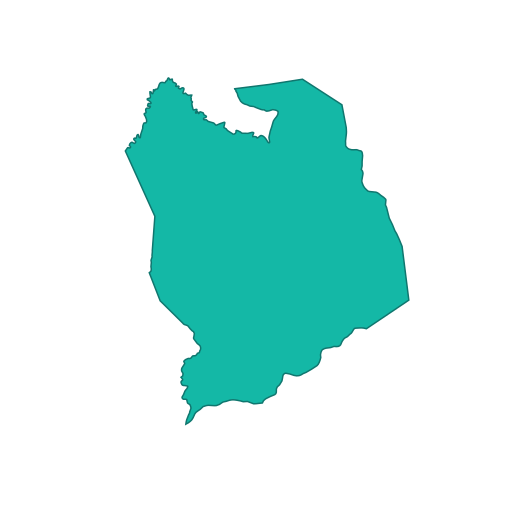 the district of San Antonio de Cortes, Cortés, Honduras, rotated 200°
{"feature_id": "27666195B17830621331766", "entity_name": "San Antonio de Cortes", "entity_type": "district", "adm_level": 2, "iso_a3": "HND", "parent_name": "Honduras", "parent_adm1": "Cortés", "projection": "robinson", "projection_center": [-87.991, 15.14], "detail": "fine", "context": "isolated", "style": "filled", "palette": "teal", "viewbox_px": 512, "rotation_deg": 200, "n_neighbors": 0, "source": "geoboundaries", "source_scale": "gbopen_adm2", "svg_char_len": 6128}
<svg xmlns="http://www.w3.org/2000/svg" viewBox="0 0 512 512"><g transform="rotate(200 256 256)"><path d="M264.4,74.0L262.4,76.3L261.1,78.4L260.3,80.1L259.8,82.6L259.5,86.7L258.9,88.6L257.6,90.6L256.0,92.8L254.2,96.4L251.6,98.4L249.8,99.4L243.7,101.2L242.1,101.9L239.5,104.1L238.0,106.3L236.8,107.7L234.5,109.1L231.4,111.5L229.2,112.7L227.5,113.3L224.9,113.9L221.2,114.5L218.2,114.7L214.2,116.4L207.7,116.3L205.5,117.2L199.7,120.1L199.5,122.3L199.0,123.5L198.0,125.2L194.7,128.7L191.0,132.1L190.3,133.4L190.3,134.9L191.4,138.1L191.2,140.4L189.8,143.0L188.9,147.5L189.3,150.1L189.7,152.2L189.8,153.5L189.2,155.0L188.6,155.7L187.5,156.1L183.9,156.7L179.5,156.8L176.8,157.3L174.5,158.4L173.0,159.7L171.4,161.7L169.2,163.7L165.1,168.6L161.2,173.8L160.5,175.6L160.2,177.9L160.2,180.4L160.4,182.7L161.6,185.2L162.0,187.5L161.9,189.7L161.5,190.8L160.0,192.4L158.6,193.4L154.5,195.5L151.8,197.7L149.4,198.4L147.9,199.1L146.7,200.2L146.1,201.6L145.9,205.1L145.2,207.9L144.5,209.3L142.5,211.5L141.0,214.6L140.2,215.8L139.8,216.9L139.2,220.1L138.7,221.6L137.6,222.3L132.7,224.4L130.2,225.1L127.4,225.4L97.3,266.8L122.0,315.0L126.9,320.4L131.4,325.0L134.1,327.2L138.5,332.1L143.7,337.1L150.0,346.4L151.8,348.2L153.1,353.1L153.6,353.7L156.1,354.8L159.5,355.7L162.2,356.7L163.9,357.0L165.1,357.0L171.5,355.4L173.0,355.3L174.5,355.9L176.9,357.0L178.7,358.3L180.0,359.6L181.8,361.8L182.4,363.2L183.6,369.8L183.9,370.6L185.0,372.2L186.6,373.3L187.1,376.9L188.6,381.1L190.1,386.7L191.4,389.2L192.3,390.2L193.2,390.6L195.6,390.3L196.7,390.4L198.1,390.2L201.1,389.0L202.8,388.5L205.2,388.3L206.8,388.6L209.0,389.8L209.6,390.6L210.4,392.7L211.2,394.6L212.9,401.8L213.5,403.7L215.1,407.5L227.0,427.5L272.8,438.0L302.5,421.6L333.2,405.9L333.0,405.6L331.6,404.8L331.3,404.5L331.2,404.0L329.3,402.5L327.4,399.8L323.4,396.2L321.3,395.3L319.8,395.0L318.3,394.9L316.2,395.1L313.0,394.8L309.2,395.7L307.0,395.5L301.2,395.4L299.4,395.7L298.2,396.2L297.1,395.8L295.8,395.7L294.8,396.1L293.5,396.8L290.3,399.3L287.5,399.8L285.8,399.7L284.8,399.4L284.2,398.0L283.9,396.3L284.3,394.1L285.4,390.7L285.8,388.8L285.7,386.7L285.4,382.6L285.3,378.2L284.5,372.4L284.3,371.6L282.2,367.9L282.1,367.2L282.5,366.8L283.0,366.8L283.7,367.0L286.4,369.2L288.4,370.4L290.1,371.0L291.4,371.1L292.3,371.0L293.0,370.6L294.5,368.0L295.1,367.4L295.7,367.4L296.2,368.0L296.9,368.0L297.9,367.9L299.8,367.1L300.1,367.7L300.3,368.6L300.2,369.9L300.2,370.7L300.5,371.1L301.2,371.1L302.1,370.8L305.5,368.5L310.8,366.7L311.5,366.6L313.0,367.2L315.8,367.5L317.2,367.4L317.6,367.0L317.1,365.2L317.3,364.3L318.1,363.1L319.2,362.7L324.7,363.9L326.0,364.3L327.5,365.3L330.0,365.7L330.3,366.4L330.8,370.2L331.0,370.8L331.3,370.9L331.9,370.6L334.8,368.3L337.6,365.7L338.2,365.3L338.9,365.4L340.6,366.3L341.5,366.5L347.0,366.1L349.2,367.0L350.9,366.4L351.7,366.3L352.2,366.8L352.2,367.6L350.5,369.1L350.3,369.6L350.3,370.0L350.8,370.5L353.2,370.9L354.5,372.4L356.1,372.5L357.7,372.4L358.2,371.9L358.3,371.2L358.3,370.6L358.5,370.3L359.2,370.5L359.7,371.3L360.2,371.5L360.5,371.2L360.8,370.1L361.3,369.7L361.7,369.9L362.0,370.6L361.4,372.2L361.4,372.9L361.7,373.4L362.3,373.4L364.4,372.0L365.1,372.0L367.3,375.2L368.5,377.4L368.6,377.8L368.4,378.4L368.4,379.0L370.2,380.0L370.6,381.6L371.5,382.9L371.3,384.7L371.4,385.2L372.4,384.9L374.3,383.9L376.1,384.1L377.9,384.9L379.3,383.9L379.9,383.9L380.3,384.1L380.5,384.5L380.7,387.9L381.0,388.7L381.4,389.0L382.1,389.1L382.9,388.8L384.5,387.0L386.2,387.1L386.4,387.5L386.3,388.6L386.4,389.0L387.3,389.1L388.8,388.1L389.5,388.1L389.6,388.3L389.5,389.7L389.6,390.3L391.0,390.9L392.8,390.9L393.5,391.1L394.8,392.5L394.9,393.1L395.1,393.5L396.2,393.1L396.9,392.3L397.3,392.1L398.6,393.3L399.3,393.3L399.6,392.3L399.7,390.5L400.0,389.8L400.5,389.4L400.7,387.8L401.3,387.5L403.6,387.1L404.8,386.3L405.3,385.6L405.6,384.2L405.5,380.9L405.7,379.6L406.0,379.1L407.6,378.1L407.8,376.8L408.0,376.3L408.4,376.2L408.6,377.0L408.8,377.2L409.1,377.1L408.5,374.1L408.6,373.3L408.9,373.1L409.4,373.1L411.0,374.3L411.8,374.0L411.4,372.8L409.6,369.4L409.5,368.8L409.9,368.0L411.7,366.8L411.9,366.5L411.8,366.0L411.5,365.6L409.9,365.4L407.7,364.6L407.2,364.2L406.9,363.7L407.2,363.1L409.0,362.7L409.4,362.4L409.4,360.7L409.2,360.1L408.7,359.8L406.7,360.5L406.3,360.1L406.5,359.3L406.9,358.5L409.1,357.6L409.7,356.8L409.8,356.2L409.6,355.4L409.1,354.4L408.5,353.7L408.4,353.2L408.5,352.8L409.6,351.7L409.7,351.4L409.3,350.6L407.8,349.4L405.7,347.0L404.8,345.2L404.8,344.3L405.0,343.4L406.6,342.8L406.8,342.3L406.9,341.4L406.8,339.3L406.1,337.1L405.9,330.8L405.2,327.7L405.6,327.4L406.3,327.5L407.0,328.1L407.5,329.1L408.0,329.6L408.4,329.8L408.9,329.4L409.1,328.3L408.9,326.4L409.0,325.8L409.3,325.4L410.0,325.4L410.5,325.2L410.8,324.8L410.9,324.3L410.7,323.8L410.2,323.4L408.2,322.4L408.0,321.9L408.1,321.3L408.4,320.6L408.8,320.2L409.6,320.2L411.2,320.5L411.9,320.2L412.4,319.5L412.9,318.3L412.9,316.7L411.3,315.8L411.1,315.1L411.3,314.6L411.8,314.3L412.5,314.1L413.2,314.2L413.7,313.8L414.7,310.0L364.6,258.7L355.3,225.6L354.8,224.4L354.0,221.2L353.3,219.6L353.2,216.1L352.1,214.0L351.1,210.1L349.9,207.9L349.6,206.5L349.6,205.5L350.6,203.8L330.7,181.1L302.1,168.0L301.0,167.4L300.0,167.1L297.5,167.2L296.2,167.1L292.8,165.0L290.5,163.9L288.8,163.5L287.4,162.0L286.8,158.9L286.7,157.8L286.3,157.0L281.3,153.7L278.5,152.8L277.7,152.3L276.9,151.3L276.4,150.3L276.2,149.5L276.2,148.3L276.4,147.5L276.2,146.2L276.3,145.7L277.8,144.5L278.0,143.0L278.7,141.8L279.2,141.4L280.7,140.8L281.4,140.3L282.3,137.7L283.2,137.0L284.6,136.6L285.4,135.9L286.9,134.4L287.8,132.5L287.7,132.1L286.5,131.0L286.2,130.4L287.3,125.4L287.3,124.7L287.0,123.4L286.5,122.5L284.4,120.6L284.2,120.1L283.9,118.2L285.0,116.4L283.1,115.3L282.7,114.7L282.6,114.1L283.3,112.9L283.4,112.5L283.3,111.8L282.9,111.1L281.6,109.8L280.9,109.5L280.0,109.5L278.2,110.0L276.2,110.3L275.7,110.3L275.4,109.9L275.5,107.9L276.1,106.4L276.6,104.7L276.7,101.0L277.2,98.3L277.0,97.5L276.2,96.8L275.1,96.6L272.8,97.4L272.0,97.4L270.2,94.6L269.5,94.2L267.4,93.8L266.2,92.6L265.2,91.1L265.0,90.6L265.0,86.7L264.7,85.7L265.0,84.0L265.1,78.3L264.9,76.4L264.4,74.0Z" fill="#14b8a6" stroke="#0f766e" stroke-width="1.5"/></g></svg>